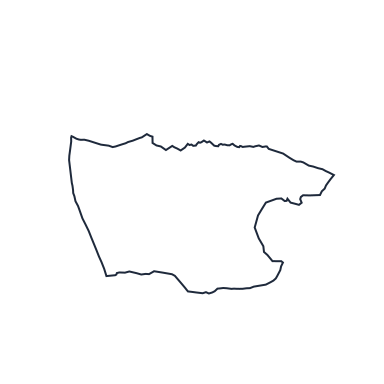 Ardo-Kola, Taraba, Nigeria, rotated 320°
{"feature_id": "59680162B5954014037791", "entity_name": "Ardo-Kola", "entity_type": "district", "adm_level": 2, "iso_a3": "NGA", "parent_name": "Nigeria", "parent_adm1": "Taraba", "projection": "natural_earth1", "projection_center": [11.217, 8.847], "detail": "fine", "context": "isolated", "style": "outline", "palette": "slate", "viewbox_px": 384, "rotation_deg": 320, "n_neighbors": 0, "source": "geoboundaries", "source_scale": "gbopen_adm2", "svg_char_len": 2480}
<svg xmlns="http://www.w3.org/2000/svg" viewBox="0 0 384 384"><g transform="rotate(320 192 192)"><path d="M194.6,118.6L188.7,117.9L186.7,117.0L185.5,116.6L183.5,115.9L179.6,114.6L175.1,112.6L172.5,112.0L169.2,110.6L166.0,109.3L162.7,108.0L160.3,106.7L160.1,106.6L158.0,103.0L156.0,100.8L154.7,99.4L152.7,97.2L151.3,95.0L149.9,92.8L147.2,88.5L145.8,86.3L143.1,82.7L140.4,80.6L139.1,79.1L137.7,76.9L136.3,73.2L135.6,71.8L134.4,72.6L131.9,75.7L125.8,81.3L121.4,85.3L118.4,88.5L105.7,107.9L104.5,110.3L103.5,111.9L102.1,114.1L100.3,116.5L99.2,119.6L96.8,124.2L95.7,129.5L94.0,134.1L91.1,141.8L89.5,148.7L87.8,155.5L85.5,162.4L83.3,169.3L81.6,174.6L79.3,181.5L77.6,187.6L75.3,194.5L72.4,201.4L79.7,206.4L81.0,206.6L82.3,205.8L84.6,206.9L88.8,210.7L92.9,212.6L97.4,218.6L100.1,222.6L103.8,224.9L106.3,227.3L111.8,228.3L112.0,228.3L117.8,235.0L123.8,242.1L125.0,245.2L125.1,256.6L125.1,261.1L125.0,263.7L125.0,265.6L125.7,266.3L128.4,269.2L130.4,271.4L135.1,276.4L138.3,277.7L139.7,280.6L143.0,282.0L145.6,282.6L149.4,282.4L151.4,283.8L154.2,285.6L156.7,288.0L160.0,291.6L162.0,293.0L163.5,294.4L166.0,296.6L168.6,298.7L171.9,300.8L174.6,302.9L178.5,304.2L189.0,310.4L194.2,311.6L197.4,312.2L200.6,312.1L203.1,311.2L209.4,308.6L212.5,306.2L216.3,304.5L215.9,302.4L209.2,296.7L209.3,288.8L208.6,284.2L211.8,279.4L213.3,270.5L217.2,259.5L227.5,252.4L234.5,250.0L241.8,247.6L252.4,251.5L256.3,254.4L257.2,258.5L258.8,259.6L260.8,258.5L260.7,263.5L263.7,267.7L265.7,270.6L269.1,270.7L270.3,267.0L272.2,265.8L275.0,265.9L280.0,270.3L288.1,276.6L291.9,274.9L295.8,274.7L298.9,273.1L302.7,272.1L306.5,271.2L311.6,270.2L309.4,265.0L308.0,262.1L306.6,258.4L303.9,254.8L301.2,250.4L298.4,246.8L298.1,245.9L296.3,240.9L294.9,238.7L291.6,235.9L290.2,232.9L288.7,228.5L286.5,221.1L278.5,208.3L278.6,205.2L277.8,204.5L274.9,202.8L273.2,199.4L269.8,197.6L268.0,196.9L265.7,194.0L261.1,190.9L259.8,190.1L259.0,188.3L258.4,187.6L257.0,188.0L255.7,186.6L254.5,183.7L254.1,181.2L252.8,180.7L250.8,180.4L249.1,178.9L247.6,176.7L245.9,175.5L245.5,174.6L245.1,173.8L243.0,173.2L241.5,173.8L239.8,172.1L238.8,170.8L238.3,166.5L237.9,164.5L236.0,163.9L235.3,163.7L234.7,161.7L234.2,160.2L231.2,159.9L229.8,159.4L229.1,158.1L226.4,158.4L224.8,158.9L222.6,157.4L222.1,155.3L220.3,154.4L219.7,152.4L215.1,153.4L210.0,152.9L208.6,149.2L207.2,146.3L206.5,144.0L199.0,143.1L198.2,140.1L197.4,137.1L194.7,133.5L193.3,129.1L197.3,124.2L195.9,122.0L194.6,118.6Z" fill="none" stroke="#1e293b" stroke-width="2"/></g></svg>